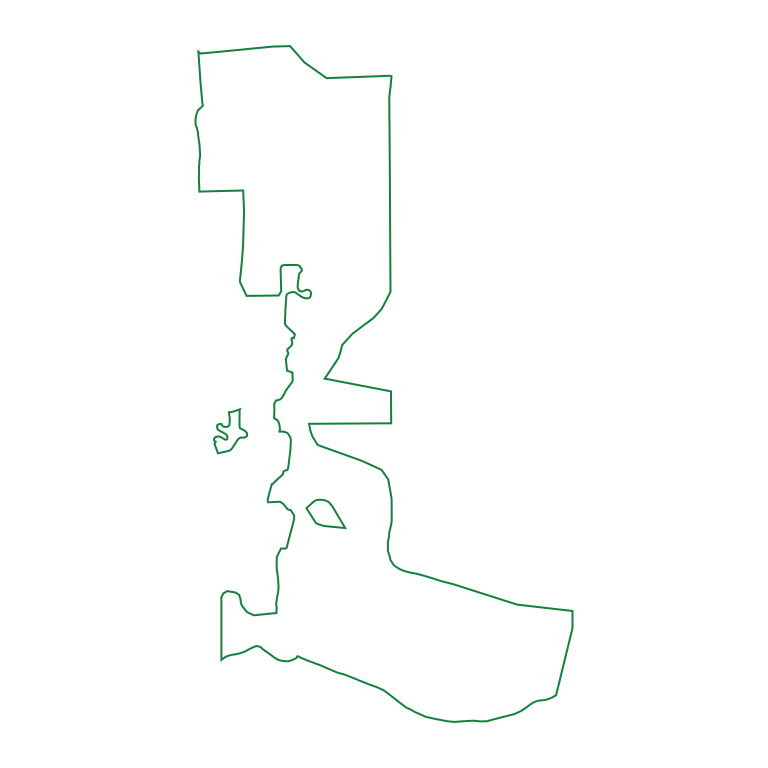 outline of As Safra, Sa`dah, Yemen
{"feature_id": "15242507B71056496150063", "entity_name": "As Safra", "entity_type": "district", "adm_level": 2, "iso_a3": "YEM", "parent_name": "Yemen", "parent_adm1": "Sa`dah", "projection": "mercator", "projection_center": [43.803, 16.995], "detail": "fine", "context": "isolated", "style": "outline", "palette": "green", "viewbox_px": 768, "rotation_deg": 0, "n_neighbors": 0, "source": "geoboundaries", "source_scale": "gbopen_adm2", "svg_char_len": 6043}
<svg xmlns="http://www.w3.org/2000/svg" viewBox="0 0 768 768"><path d="M572.5,611.0L517.1,604.6L457.7,585.6L453.6,584.3L450.2,583.4L443.9,581.8L442.9,581.6L439.6,580.6L437.0,579.8L434.8,579.0L430.9,577.8L428.1,577.0L426.3,576.4L423.8,575.7L421.2,575.0L419.1,574.4L415.7,573.6L413.7,573.2L410.8,572.7L407.4,571.9L402.9,570.5L400.9,569.7L399.3,568.9L396.2,566.9L394.6,565.9L393.4,564.6L392.3,562.8L390.5,560.2L390.0,557.6L389.0,554.0L387.9,551.2L387.9,547.2L387.9,543.2L388.0,541.4L388.8,537.8L389.2,535.1L389.1,533.1L389.4,532.0L389.9,530.1L390.5,527.3L391.3,523.9L391.6,521.5L391.7,521.2L391.7,515.3L391.7,513.1L391.6,498.6L388.2,479.4L381.6,469.9L361.9,460.9L317.7,445.0L312.2,436.0L310.1,429.6L309.1,423.8L391.2,423.3L391.0,391.4L325.2,378.7L324.7,378.7L338.4,358.2L340.0,353.6L342.2,345.0L352.7,333.5L373.5,318.0L381.8,308.8L390.5,291.9L390.2,242.4L389.9,182.5L389.5,121.1L389.4,121.1L389.3,97.0L390.6,86.2L391.5,76.2L389.3,75.8L335.6,77.8L326.7,78.2L304.5,62.5L290.1,46.1L272.2,46.6L215.1,52.2L200.4,53.5L198.4,51.6L198.4,52.0L200.5,82.5L202.1,100.5L202.2,101.6L202.8,105.9L200.2,108.3L198.0,110.3L196.6,113.9L195.8,117.3L195.5,120.3L195.5,122.1L195.7,125.1L196.8,127.7L197.4,130.3L198.0,132.5L198.0,134.3L198.7,139.1L198.9,141.1L199.3,143.1L199.6,145.1L199.6,147.9L199.8,149.9L200.1,152.7L200.1,156.3L199.3,161.3L199.4,163.9L199.0,166.0L199.1,171.4L199.1,173.6L198.9,176.0L198.9,178.6L199.4,191.6L214.3,191.2L243.2,190.5L243.2,191.5L244.1,211.8L243.0,246.6L241.9,261.4L240.8,272.4L239.8,281.6L246.6,295.9L278.7,295.5L281.2,291.2L280.6,270.7L280.7,268.2L280.8,267.3L281.5,266.3L282.5,265.5L283.7,265.1L285.6,265.0L296.4,265.0L298.8,265.4L299.7,266.1L300.1,267.2L301.8,269.1L301.9,270.2L301.5,271.3L300.5,272.1L299.7,272.9L299.0,274.6L297.7,285.3L297.6,285.7L297.8,288.1L298.6,289.8L299.3,290.7L300.3,291.3L302.3,291.4L303.4,291.2L304.4,290.6L306.3,289.9L308.2,289.9L309.8,290.5L310.4,291.5L311.1,292.9L310.9,294.8L310.6,296.1L309.8,297.5L308.7,298.1L307.4,298.3L305.0,298.3L301.7,296.9L297.2,293.8L295.4,292.5L293.4,292.0L290.5,292.4L288.1,293.5L286.8,294.6L286.3,296.2L285.4,310.2L284.9,323.6L286.0,325.7L287.7,327.4L294.5,333.8L294.9,334.2L294.6,335.3L294.2,336.7L293.8,338.2L292.5,337.9L291.7,338.2L291.4,339.2L291.7,340.2L292.2,342.1L292.2,343.9L291.5,345.4L289.9,347.0L288.1,348.6L287.3,349.8L287.4,351.4L288.3,352.8L288.2,354.0L285.8,359.0L286.1,361.5L286.3,363.9L286.6,366.0L286.7,366.9L286.8,368.0L287.1,370.3L287.1,370.7L292.4,372.5L292.7,380.1L292.3,381.7L291.6,382.9L290.7,383.9L289.1,386.1L285.8,390.6L284.9,392.6L283.9,394.5L282.9,396.2L282.8,396.4L281.7,398.1L280.1,399.4L279.3,399.7L277.8,400.2L276.0,400.5L275.6,401.2L274.4,403.6L274.1,404.6L274.3,407.6L274.4,409.9L274.1,418.2L277.5,420.2L277.8,420.8L278.7,422.5L279.4,424.5L279.5,425.8L279.8,427.8L279.9,429.8L279.4,431.4L279.4,431.6L283.2,431.6L286.5,432.5L288.2,433.8L290.3,437.3L290.9,439.7L290.5,449.1L288.2,467.9L287.7,469.4L287.3,470.0L286.6,470.2L285.6,470.4L283.7,471.3L283.6,471.6L283.3,472.4L282.7,474.6L282.2,475.0L281.3,475.8L279.3,477.7L279.2,477.7L277.1,479.7L274.4,482.1L273.9,482.6L272.0,484.7L271.6,484.5L271.3,486.0L268.7,495.5L268.5,496.4L267.7,499.5L268.1,502.3L275.5,502.0L278.0,501.8L280.1,501.8L283.3,503.9L287.7,509.4L290.7,510.1L294.2,515.6L294.1,519.4L286.7,547.5L286.5,548.0L285.0,548.6L281.1,548.5L280.6,549.4L279.0,552.6L278.9,552.8L276.9,556.8L276.8,557.6L276.7,559.9L276.7,562.0L276.7,564.1L276.7,566.1L276.7,568.4L277.0,570.6L277.3,572.6L277.6,575.4L277.8,577.1L278.1,579.2L278.2,581.1L278.3,583.2L278.5,585.2L278.5,587.2L278.4,589.2L278.2,591.5L277.9,593.6L277.4,595.7L277.0,597.8L276.9,598.6L276.8,599.9L276.3,602.0L276.2,604.4L276.5,606.4L276.6,606.5L276.6,608.9L276.4,611.5L276.4,612.0L276.5,613.0L253.7,615.3L246.9,612.0L242.4,606.3L241.0,603.5L240.5,599.2L239.2,594.9L235.5,592.5L227.3,591.1L223.2,593.5L221.4,597.3L221.4,659.9L224.3,657.7L225.8,656.8L226.3,656.5L228.2,655.9L229.5,655.4L232.7,654.7L235.6,654.3L239.2,653.5L241.5,652.8L243.5,652.0L244.6,651.7L250.2,648.7L251.5,648.0L252.5,647.6L254.0,646.9L255.6,646.3L256.7,646.1L258.1,646.3L260.4,646.9L262.4,648.9L266.8,652.0L272.9,656.4L275.5,658.3L278.4,659.9L280.6,660.5L283.0,660.9L285.2,661.2L286.8,661.3L288.5,661.2L289.4,660.9L290.7,660.6L292.0,660.1L293.2,659.6L294.2,659.2L295.6,658.5L296.5,657.8L297.3,656.3L298.3,656.4L301.0,657.8L305.1,659.6L321.1,665.6L329.8,669.4L336.1,672.1L340.1,673.4L344.2,674.4L357.3,679.6L359.1,680.5L362.4,681.7L369.1,684.4L376.4,687.0L381.4,689.2L384.0,690.5L390.9,695.7L400.3,703.1L406.6,707.8L408.3,708.5L411.7,710.1L414.9,712.0L418.9,713.7L425.7,716.8L435.4,719.0L441.1,720.0L445.3,720.9L448.7,721.4L454.5,721.9L462.4,721.3L473.5,720.7L480.4,721.4L487.8,721.2L488.6,720.7L498.9,718.0L506.4,716.1L514.3,714.1L519.6,711.7L522.6,710.0L525.6,708.0L528.0,706.2L529.7,704.9L531.5,703.7L532.7,702.9L534.0,702.3L536.4,701.3L538.3,700.7L544.9,700.0L547.5,699.4L552.2,697.5L556.1,695.2L572.5,628.1L572.5,611.0ZM314.1,501.3L316.3,500.1L320.0,499.7L322.6,500.0L325.4,500.4L328.7,502.0L332.1,505.9L345.2,528.0L343.7,527.9L332.1,526.8L327.1,526.3L323.4,525.9L316.2,523.4L311.7,516.4L306.4,508.2L314.1,501.3ZM231.8,448.8L237.6,439.8L239.1,438.4L240.4,437.6L240.6,437.6L244.0,437.6L244.6,437.5L245.2,437.1L246.3,436.6L246.9,436.0L247.1,434.4L246.7,432.5L244.0,430.2L240.1,428.3L239.8,427.4L239.5,425.5L239.5,420.7L239.5,419.3L239.6,415.2L239.6,413.9L239.5,412.1L239.7,409.6L239.8,409.4L233.1,411.6L230.5,412.2L228.9,412.3L229.8,418.7L229.6,424.0L229.3,425.4L228.5,426.1L227.2,426.9L225.4,427.0L223.2,426.5L222.6,426.1L221.9,424.9L221.5,424.1L221.0,424.0L220.2,423.9L219.3,424.0L217.2,425.3L217.1,427.3L217.6,429.3L220.2,431.2L220.6,431.4L221.9,431.9L222.8,432.5L223.4,432.8L225.8,434.2L226.9,435.4L227.4,437.4L227.2,439.1L226.4,439.7L225.5,439.7L224.3,439.2L220.9,437.1L219.1,436.5L217.1,436.6L215.8,436.9L215.0,437.6L214.3,438.4L214.0,439.8L214.2,440.6L214.5,441.0L215.1,441.2L215.7,441.6L215.6,442.2L215.2,442.8L214.8,443.0L214.6,443.5L214.5,443.8L218.0,453.3L227.8,451.1L229.7,450.6L231.8,448.8Z" fill="none" stroke="#15803d" stroke-width="2"/></svg>